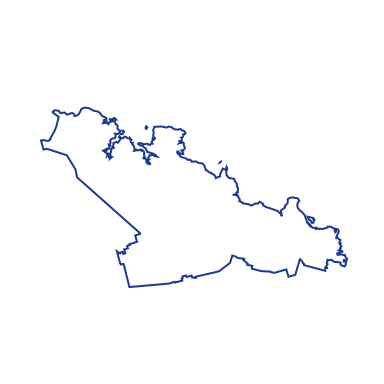 the district of West Tamar, Tasmania, Australia, rotated 335°
{"feature_id": "25037944B75055977098300", "entity_name": "West Tamar", "entity_type": "district", "adm_level": 2, "iso_a3": "AUS", "parent_name": "Australia", "parent_adm1": "Tasmania", "projection": "equal_earth", "projection_center": [146.895, -41.264], "detail": "fine", "context": "isolated", "style": "outline", "palette": "blue", "viewbox_px": 384, "rotation_deg": 335, "n_neighbors": 0, "source": "geoboundaries", "source_scale": "gbopen_adm2", "svg_char_len": 6070}
<svg xmlns="http://www.w3.org/2000/svg" viewBox="0 0 384 384"><g transform="rotate(335 192 192)"><path d="M99.6,228.5L95.1,251.7L132.2,265.2L138.3,266.1L138.2,266.8L145.8,268.2L146.1,266.0L147.0,266.2L147.7,264.5L151.2,265.0L151.3,266.8L156.3,267.6L156.0,269.6L159.1,271.4L159.2,270.3L182.9,275.3L196.6,272.3L201.7,266.6L204.3,268.9L205.6,271.2L210.7,274.2L211.0,274.7L209.8,275.2L212.2,280.7L211.3,281.3L215.5,284.5L213.7,286.7L221.4,293.0L229.6,297.4L229.5,297.9L232.6,300.1L244.7,302.0L243.6,309.6L250.6,310.7L261.9,297.9L261.5,299.2L262.7,301.4L262.3,302.9L263.1,304.4L262.6,305.6L279.4,319.7L280.6,317.4L283.1,318.3L281.2,316.6L284.4,314.7L284.2,313.0L286.2,310.8L286.8,311.7L289.7,312.3L291.2,315.3L296.5,318.4L296.8,319.0L296.0,320.3L296.3,321.5L298.8,324.0L300.0,323.4L302.2,320.4L300.1,319.1L301.2,317.8L302.8,319.6L304.4,318.0L303.6,316.0L304.0,313.7L302.5,313.2L301.5,311.9L297.4,310.5L297.6,309.0L303.1,309.7L303.2,309.0L300.3,307.0L302.7,306.1L302.4,305.3L304.4,304.4L303.9,302.0L305.1,301.3L304.1,300.2L306.2,298.1L304.5,295.6L304.7,293.8L302.8,295.4L304.4,293.1L308.2,290.2L308.6,288.5L307.9,286.9L306.0,285.6L306.2,287.1L306.0,288.6L305.8,289.4L306.1,286.9L305.7,287.7L305.3,287.3L305.0,288.8L304.6,290.1L305.4,285.2L302.7,281.8L300.2,280.7L299.7,281.5L294.4,280.7L292.5,279.3L291.5,279.4L290.1,277.7L287.9,278.4L289.4,277.7L289.3,276.8L288.7,277.1L286.4,275.4L284.7,272.9L284.1,270.6L283.7,270.6L284.0,270.5L283.6,268.8L284.3,260.3L282.9,255.8L282.0,254.8L281.2,251.2L281.5,249.1L282.9,246.8L285.5,245.2L285.3,242.6L280.9,239.4L277.7,238.6L275.9,238.9L274.1,242.3L270.2,244.0L269.7,245.4L264.8,246.3L264.1,248.7L263.4,249.1L263.9,250.0L263.6,250.7L263.1,250.9L263.6,251.5L263.6,252.0L263.0,250.9L263.8,249.9L262.2,247.5L261.6,245.3L252.5,236.6L250.8,234.2L251.5,232.9L249.1,229.4L246.6,230.4L245.0,229.3L240.2,229.4L237.7,226.7L233.3,223.8L233.4,222.9L231.9,221.5L231.8,220.0L231.2,220.0L232.3,218.2L231.6,216.4L232.1,215.4L231.4,214.6L231.7,214.0L227.7,211.8L231.6,213.0L231.3,211.9L232.3,211.2L233.5,211.6L235.3,207.7L235.1,206.3L236.1,202.8L235.3,200.0L235.8,197.9L231.5,195.0L230.4,191.4L231.3,188.7L233.7,185.9L234.0,183.8L232.1,185.5L232.4,186.0L232.0,186.4L232.0,185.5L230.8,185.2L229.8,183.8L225.0,187.8L224.1,189.7L219.5,189.4L219.9,188.6L219.2,185.4L217.6,183.9L217.5,182.6L216.3,182.1L214.3,178.2L213.7,178.1L214.4,173.3L213.5,170.4L210.5,168.7L208.5,166.0L204.5,164.4L204.7,163.5L203.8,161.9L201.6,161.0L201.7,160.4L200.2,158.6L196.5,155.2L196.6,153.7L195.3,151.5L195.3,149.5L196.1,149.1L197.1,150.4L197.6,152.7L199.5,153.0L199.6,153.8L200.2,153.9L200.5,151.3L200.0,149.9L201.6,150.5L203.4,149.8L204.4,148.4L204.3,146.1L205.2,144.3L204.6,143.2L200.9,142.5L201.5,142.2L202.0,140.5L204.2,141.6L205.3,139.3L205.1,138.2L206.9,138.2L208.2,137.0L208.2,136.1L210.2,136.5L211.2,135.7L210.4,132.9L208.9,132.0L208.3,130.1L205.3,129.4L202.4,127.6L200.9,124.7L198.6,122.8L196.2,122.9L192.2,119.8L185.4,117.0L183.0,119.5L182.5,121.8L180.9,124.1L180.5,125.3L181.1,127.8L180.5,128.1L180.9,127.0L180.1,126.3L179.1,126.4L178.7,128.0L176.8,129.4L176.6,131.5L175.2,130.9L173.9,131.6L172.4,130.5L172.2,129.4L168.3,128.4L167.2,126.7L164.5,125.2L163.5,125.6L164.3,127.5L166.9,129.4L167.2,131.2L168.5,132.9L168.4,136.7L172.6,140.4L174.3,142.6L175.3,145.2L173.3,143.6L173.9,143.0L172.8,142.1L169.0,140.8L169.0,141.4L167.1,142.2L165.8,144.4L166.4,144.0L166.8,144.1L167.0,144.4L165.0,144.8L166.0,148.5L166.0,149.8L165.4,148.0L164.5,147.2L164.0,147.8L163.5,146.8L163.4,145.0L164.4,143.3L162.8,140.9L161.4,141.0L163.3,140.3L164.0,140.7L163.8,139.0L165.5,135.8L165.4,134.4L164.1,132.4L163.6,133.1L162.6,131.6L160.0,131.3L159.2,130.4L159.6,129.1L158.2,130.5L157.0,130.2L157.8,129.6L158.8,125.8L158.1,123.4L158.9,122.6L158.1,122.5L157.7,121.2L158.3,118.2L159.0,118.5L158.5,116.5L158.0,117.1L156.5,116.3L155.4,114.0L154.2,113.4L152.6,114.1L150.5,113.3L149.9,110.8L149.0,111.4L149.6,111.9L149.4,114.0L145.6,116.0L144.9,115.1L145.6,114.9L141.5,114.4L140.3,116.8L139.2,117.4L140.2,119.8L138.7,118.1L136.8,119.4L135.4,121.8L133.4,122.8L133.8,123.6L133.1,124.5L133.9,125.8L133.0,125.4L133.1,126.7L131.8,127.1L132.2,126.6L131.3,125.5L131.7,123.3L130.2,123.6L132.0,121.6L130.7,120.9L130.7,119.1L131.4,118.7L129.0,118.7L129.8,118.5L129.8,117.3L129.0,117.2L128.4,116.6L128.0,116.7L128.4,116.6L130.0,117.3L132.8,116.6L135.5,117.9L135.9,116.5L136.8,115.9L136.5,114.9L137.4,115.2L137.1,113.8L137.9,114.1L139.3,112.5L139.2,111.2L141.1,109.9L145.4,110.4L146.7,108.5L146.8,106.6L149.1,108.0L151.6,107.6L151.9,109.4L153.5,110.3L154.2,109.3L155.6,109.0L155.5,108.4L156.4,108.9L154.8,106.9L152.3,106.0L151.6,104.3L151.3,102.8L152.5,100.9L152.4,99.6L151.5,98.5L151.9,95.9L150.6,94.6L151.4,94.0L150.7,94.3L149.7,92.5L153.0,93.4L153.3,93.9L152.8,94.8L153.7,94.2L153.6,93.2L153.2,92.3L153.0,92.1L152.7,92.1L153.4,93.6L151.9,92.6L149.2,92.0L148.5,91.2L148.0,91.6L149.5,94.3L146.8,93.8L144.9,95.2L144.5,94.6L144.5,91.4L143.6,91.6L143.2,92.9L140.4,92.0L141.1,91.4L142.4,91.8L142.5,89.6L145.0,89.9L145.7,88.6L142.7,85.2L141.8,81.1L140.5,79.1L137.5,77.1L134.0,72.5L130.5,70.2L127.1,69.9L122.1,73.8L118.1,73.9L117.6,73.2L117.8,70.9L116.6,69.6L111.5,69.2L110.1,66.1L106.0,64.9L105.6,62.1L102.3,60.0L100.0,60.2L99.4,61.1L103.0,67.6L96.8,75.2L93.2,78.6L85.4,84.2L85.7,84.3L85.8,84.5L85.2,84.8L84.6,84.8L85.7,84.4L83.2,85.0L79.4,82.3L76.9,81.5L75.4,90.9L78.5,91.3L94.1,105.8L95.9,122.1L94.1,130.3L127.4,207.1L127.3,208.1L122.2,207.3L121.1,213.9L113.1,212.9L113.0,213.7L110.5,213.3L110.1,215.9L106.3,215.3L105.6,219.4L103.5,219.1L103.8,217.0L102.5,216.6L100.8,217.3L98.9,214.0L96.7,226.3L97.0,227.8L98.1,227.6L99.6,228.5ZM286.4,263.3L286.3,266.3L287.5,268.4L287.8,268.0L287.3,269.3L287.8,270.9L289.2,271.1L290.6,268.6L290.3,266.3L286.4,263.3ZM178.2,113.0L177.7,113.3L176.9,114.6L177.0,115.4L178.8,114.8L178.2,113.0ZM284.7,270.6L284.9,272.3L285.3,272.3L285.2,271.1L284.7,270.6ZM284.0,268.4L284.2,270.0L284.2,268.0L284.0,268.4ZM290.7,270.0L291.1,269.2L291.1,268.2L291.0,268.3L290.7,270.0ZM229.7,177.1L230.4,177.1L230.7,176.8L230.1,176.8L229.7,177.1Z" fill="none" stroke="#1e3a8a" stroke-width="2"/></g></svg>